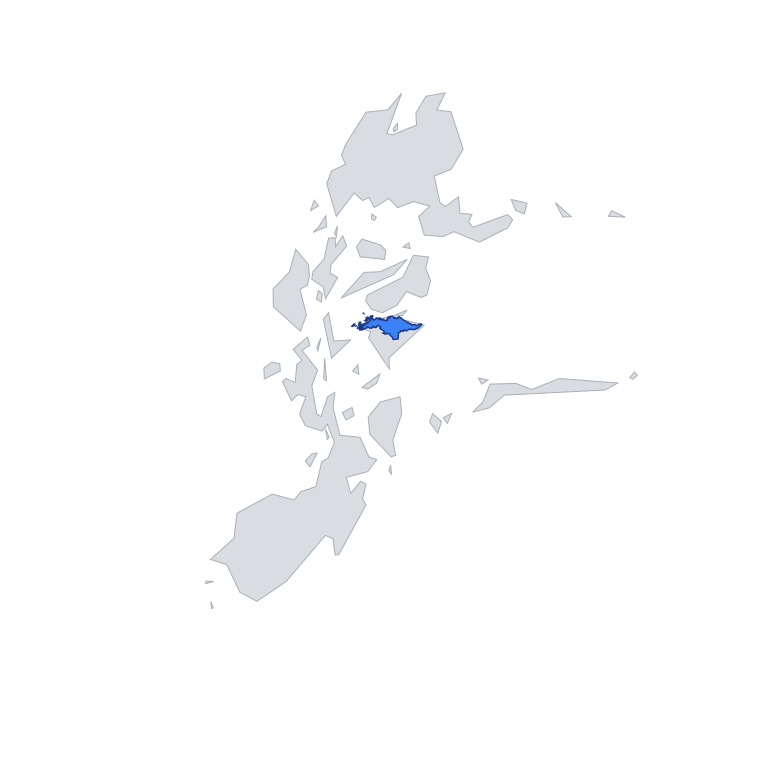 Iloilo, Iloilo, Philippines shown in context, rotated 220°
{"feature_id": "2640588B17162343229623", "entity_name": "Iloilo", "entity_type": "district", "adm_level": 2, "iso_a3": "PHL", "parent_name": "Philippines", "parent_adm1": "Iloilo", "projection": "orthographic", "projection_center": [122.982, 11.053], "detail": "fine", "context": "in_parent", "style": "filled", "palette": "blue", "viewbox_px": 768, "rotation_deg": 220, "n_neighbors": 0, "source": "geoboundaries", "source_scale": "gbopen_adm2", "svg_char_len": 9447}
<svg xmlns="http://www.w3.org/2000/svg" viewBox="0 0 768 768"><g transform="rotate(220 384 384)"><path d="M360.5,131.8L388.3,144.5L404.2,138.1L399.8,169.4L413.6,190.6L398.9,227.7L378.2,237.5L378.6,248.0L370.3,261.6L381.8,284.8L379.2,291.0L384.4,307.4L401.5,316.8L401.0,308.2L417.5,301.5L429.3,306.7L435.7,324.0L443.2,320.6L444.1,311.7L463.2,320.5L462.8,325.1L453.0,328.1L463.4,343.0L462.1,349.3L475.9,352.2L472.8,370.8L465.7,366.0L468.4,357.0L443.8,352.0L438.1,336.2L416.2,317.8L411.3,318.6L419.0,338.0L416.3,346.0L407.8,333.1L384.8,316.5L368.0,327.8L348.7,318.4L340.9,321.5L340.2,306.3L352.8,288.3L339.2,278.9L339.3,294.6L333.5,295.8L326.5,282.2L320.0,279.9L309.0,224.3L311.3,221.5L323.6,232.6L331.6,230.3L332.0,170.0L341.6,135.9L360.5,131.8ZM528.3,481.8L556.6,500.6L561.1,513.4L554.8,527.6L563.6,531.9L567.4,543.0L572.5,580.7L557.3,596.5L557.4,618.0L542.8,577.7L537.5,580.5L525.5,603.3L533.7,612.0L536.9,631.3L524.3,646.3L519.7,627.8L507.8,635.6L474.3,614.8L470.6,591.6L479.2,575.6L457.9,559.0L451.2,559.4L447.2,575.2L435.6,563.7L425.6,570.4L423.6,562.8L416.7,561.2L398.1,593.3L391.1,592.6L389.5,583.4L402.1,554.0L428.3,545.6L433.8,534.6L448.8,524.0L465.1,534.6L463.2,549.8L478.8,542.6L486.8,527.9L499.6,529.3L504.9,513.1L515.6,517.1L518.3,510.8L529.6,511.2L528.3,481.8ZM444.3,501.4L431.6,509.9L426.6,499.6L414.7,493.1L408.3,479.6L411.2,474.1L426.2,469.2L424.7,452.6L431.1,437.5L441.8,433.2L451.7,436.0L453.9,441.6L438.1,478.0L444.3,501.4ZM518.4,372.1L530.0,385.3L528.5,409.0L538.2,430.5L518.6,426.9L510.8,419.2L506.2,410.6L509.2,402.4L487.8,387.1L481.9,370.7L518.4,372.1ZM389.7,399.0L425.5,409.4L427.7,415.5L437.9,411.7L436.4,421.6L422.8,439.9L391.0,454.9L397.0,407.4L389.7,399.0ZM253.4,500.7L205.5,535.1L210.8,521.5L284.7,452.8L288.1,433.1L297.9,419.8L296.7,434.0L302.7,452.1L283.3,469.2L267.3,474.8L253.4,500.7ZM331.7,332.8L362.5,336.4L374.8,348.4L375.3,367.9L363.5,384.5L351.4,372.8L341.2,346.7L329.2,336.9L331.7,332.8ZM493.0,419.2L506.8,417.9L510.6,424.3L510.2,441.2L520.2,460.1L515.4,464.8L509.3,457.8L510.9,471.0L501.3,465.7L501.3,441.4L496.5,434.3L488.0,435.9L483.5,411.6L493.0,419.2ZM446.3,494.4L446.9,473.9L472.2,422.1L471.0,456.7L459.1,467.5L446.3,494.4ZM494.0,480.9L475.7,488.4L468.4,487.4L463.7,479.8L483.9,466.1L493.3,471.4L494.0,480.9ZM440.9,370.2L472.1,394.6L472.4,403.1L450.1,384.7L437.9,396.3L440.9,370.2ZM483.9,328.6L477.1,332.6L471.8,327.4L478.9,310.9L486.3,319.1L483.9,328.6ZM405.2,607.1L390.8,614.4L385.8,604.6L394.7,601.6L405.2,607.1ZM311.2,380.8L324.5,384.1L327.7,392.4L315.9,392.4L311.2,380.8ZM390.0,332.2L397.7,335.3L393.4,345.5L386.6,340.6L390.0,332.2ZM354.5,626.8L369.2,633.1L348.1,632.5L354.5,626.8ZM536.8,475.5L529.1,467.5L535.7,454.7L535.0,462.4L536.8,475.5ZM398.7,367.4L393.6,389.1L390.1,380.1L393.2,369.6L398.7,367.4ZM320.0,656.7L321.0,663.2L306.4,666.9L320.0,656.7ZM394.8,274.3L394.3,284.0L390.9,288.1L387.4,273.0L394.8,274.3ZM420.2,443.2L413.8,455.7L413.8,448.5L420.2,443.2ZM316.9,396.1L313.3,405.0L310.1,394.5L316.9,396.1ZM494.3,413.3L489.4,413.6L484.6,406.5L490.4,405.6L494.3,413.3ZM416.4,373.8L416.4,382.0L409.5,375.3L416.4,373.8ZM555.6,479.9L548.6,478.4L551.7,469.6L555.6,479.9ZM433.5,349.2L446.0,365.6L430.1,349.5L433.5,349.2ZM315.3,449.4L306.9,453.9L309.2,446.6L315.3,449.4ZM457.4,501.1L455.8,508.1L451.1,504.6L457.4,501.1ZM459.2,369.1L461.9,378.8L455.8,366.6L459.2,369.1ZM199.8,554.1L195.5,553.6L196.5,547.5L199.8,546.8L199.8,554.1ZM502.5,506.4L497.0,506.8L496.5,503.1L499.7,502.4L502.5,506.4ZM541.3,592.3L537.3,588.0L538.5,583.5L541.2,585.7L541.3,592.3ZM324.5,320.7L326.8,326.2L320.4,319.8L324.5,320.7ZM518.8,467.7L521.1,474.9L515.0,466.2L518.8,467.7ZM393.8,118.5L387.7,123.0L392.2,116.4L393.8,118.5ZM400.1,312.1L391.7,307.9L391.8,305.0L400.1,312.1ZM371.6,101.1L376.8,106.1L371.0,102.8L371.6,101.1Z" fill="#d9dde1" stroke="#a8b0b8" stroke-width="1"/><path d="M394.0,454.0L394.2,453.5L394.8,453.2L395.2,452.7L395.4,452.0L395.8,451.7L395.7,451.5L395.9,450.8L396.6,449.7L397.0,449.4L398.4,449.4L398.5,449.1L399.0,448.9L399.8,448.0L400.9,447.2L402.5,447.4L402.9,446.8L403.5,446.5L405.2,446.6L405.3,446.4L405.4,446.6L405.9,446.0L408.1,446.0L410.6,445.3L413.5,445.7L414.7,445.2L415.5,445.3L416.0,444.5L415.8,444.5L415.9,444.2L416.1,444.0L416.2,443.4L415.8,443.4L415.7,443.1L416.6,441.9L417.5,441.6L417.8,442.0L418.3,441.5L418.7,441.8L418.9,441.0L419.9,441.3L420.5,441.7L420.4,441.8L420.5,441.7L421.4,441.4L422.0,440.4L422.5,440.0L422.7,439.4L422.6,439.1L422.8,439.2L423.4,438.7L423.2,437.9L423.5,437.5L423.2,437.3L423.6,437.1L423.3,435.9L422.8,435.6L423.0,435.4L422.4,435.1L423.1,434.4L423.0,434.0L423.3,433.4L423.9,433.3L424.1,433.1L424.7,432.9L424.8,433.1L424.8,432.9L425.2,432.9L425.4,432.9L425.3,433.1L425.7,433.1L425.8,433.4L426.0,433.3L426.1,433.2L426.0,432.6L425.9,432.6L426.0,432.2L426.7,431.7L427.4,431.7L427.6,431.8L427.5,432.2L428.1,432.1L428.6,431.2L428.6,430.5L428.8,430.3L429.4,430.4L429.6,430.7L429.2,431.2L429.4,431.7L429.5,431.9L429.9,431.6L430.4,431.0L430.0,431.0L429.8,430.4L430.0,430.2L430.7,430.2L431.0,430.3L430.8,430.6L431.2,430.3L431.1,430.0L431.2,429.9L431.4,430.0L432.1,429.3L432.5,427.3L432.9,426.9L432.9,426.4L433.2,426.2L434.6,426.4L434.9,426.8L434.7,427.0L435.2,427.2L435.5,426.6L435.2,426.4L434.9,426.4L434.7,426.2L434.9,425.9L435.8,426.6L435.8,426.8L436.5,426.4L436.8,425.8L436.6,425.1L436.3,424.5L435.4,424.1L435.6,423.1L435.5,422.6L435.7,422.4L435.5,422.1L436.0,421.2L435.9,420.5L435.6,419.9L435.8,419.5L436.1,419.4L436.3,419.6L436.9,419.4L437.0,419.2L436.7,418.5L437.2,418.6L437.7,417.8L437.4,417.7L437.7,417.4L437.4,417.4L437.5,417.1L436.8,416.5L437.2,416.1L437.3,415.6L437.5,415.5L437.7,415.4L437.8,415.4L437.7,415.1L438.0,414.3L438.2,414.5L438.2,414.1L437.7,413.7L437.1,413.9L437.2,413.5L436.6,413.5L436.5,413.3L436.9,413.2L436.3,412.6L436.5,412.6L436.5,412.2L436.6,412.3L436.9,412.5L436.9,412.9L437.1,412.9L437.6,411.2L437.8,410.9L438.1,410.9L438.1,410.5L437.4,409.7L437.6,409.3L436.9,410.0L436.9,410.3L435.6,411.4L435.1,412.6L434.7,412.7L434.6,413.9L433.4,415.4L433.3,416.0L433.7,416.4L433.6,417.0L433.2,417.3L431.6,417.5L429.9,418.3L429.3,419.1L429.3,419.9L429.7,420.9L428.7,421.1L428.2,421.4L427.9,421.3L427.7,421.5L427.7,421.3L426.8,421.8L426.9,422.0L426.2,422.8L426.6,423.0L426.9,423.6L426.0,425.2L425.0,425.4L424.6,425.3L423.5,425.7L423.6,425.1L422.9,424.0L422.1,424.2L421.8,423.9L421.1,424.0L420.3,424.5L419.4,424.4L418.2,424.6L416.8,423.6L417.5,422.4L415.5,422.8L415.0,423.3L414.7,423.5L414.8,424.0L414.2,424.5L414.4,424.7L414.3,424.9L412.7,425.4L412.2,425.9L410.5,425.3L409.2,425.2L408.3,425.4L405.6,424.0L402.2,427.6L405.3,431.8L405.5,432.3L405.0,434.6L405.5,435.3L405.5,435.6L404.9,436.0L404.4,435.9L403.9,436.5L404.0,436.8L403.8,437.2L403.0,437.1L403.2,437.8L402.9,438.5L402.7,438.4L402.4,438.9L401.6,438.8L400.7,439.5L400.6,440.2L399.7,442.6L398.8,442.8L397.3,444.2L396.5,444.8L396.1,444.8L395.4,445.6L394.7,447.5L394.2,447.8L393.6,449.9L393.7,450.4L393.4,451.0L393.5,451.8L393.3,453.7L394.0,454.0ZM440.7,412.5L440.8,412.8L440.5,413.0L440.6,413.3L440.3,412.8L439.5,413.0L439.7,413.5L439.2,414.0L439.8,414.7L440.9,414.5L440.8,413.9L441.1,412.9L440.7,412.5ZM438.4,420.7L437.9,420.6L437.8,420.9L437.9,421.2L437.9,422.0L437.5,422.4L437.6,423.2L438.0,422.7L438.3,422.9L438.4,422.7L438.3,422.2L438.6,422.1L438.6,421.9L438.9,421.9L438.9,421.7L439.3,421.4L438.8,420.8L438.7,421.1L438.4,421.1L438.4,420.7ZM437.4,426.8L437.3,427.1L437.0,427.0L436.8,427.2L436.2,427.2L436.0,427.6L436.3,428.0L436.1,428.1L436.3,428.4L436.2,428.7L436.3,429.0L436.5,429.1L436.7,428.9L437.4,427.4L437.5,427.2L437.7,427.3L437.7,426.9L437.4,426.8ZM441.5,414.5L441.3,414.6L441.2,415.2L441.6,415.8L441.5,416.2L441.9,416.2L442.6,415.3L442.4,414.9L441.5,414.5ZM439.1,411.7L438.8,411.8L438.8,412.1L438.3,412.2L438.1,413.2L437.8,413.5L438.1,413.5L438.5,413.2L438.6,412.7L439.2,412.7L439.4,412.1L439.2,412.2L439.1,411.7ZM438.3,424.1L438.1,424.5L437.9,424.6L438.1,425.2L438.5,425.3L439.1,424.7L439.2,424.3L438.8,424.4L438.3,424.1ZM445.6,409.2L445.2,409.5L444.6,409.2L444.3,409.7L444.6,409.9L444.5,410.2L444.9,410.2L445.2,409.6L445.6,409.8L445.6,409.2ZM445.7,407.6L445.0,408.0L445.0,408.6L445.3,408.9L445.7,408.0L445.7,407.6ZM440.2,423.1L439.6,423.2L439.5,423.6L440.1,423.6L440.2,423.1ZM439.2,413.4L438.8,413.8L439.0,414.1L439.4,413.6L439.2,413.4ZM440.0,409.5L439.7,409.7L439.8,409.9L440.2,409.8L440.0,409.5ZM436.6,412.4L436.6,412.7L437.1,413.2L436.7,412.8L436.8,412.5L436.6,412.4ZM439.0,415.6L438.7,415.8L438.8,416.1L439.1,415.7L439.0,415.6ZM441.0,410.8L440.7,411.0L440.6,411.4L441.0,410.8ZM439.4,411.6L439.4,411.8L439.3,412.0L439.6,411.8L439.4,411.6ZM438.0,423.7L437.8,423.7L437.8,423.9L438.1,423.9L438.0,423.7ZM442.7,410.1L442.8,409.9L442.6,409.6L442.7,410.1ZM438.4,414.5L438.2,414.7L438.5,414.9L438.6,414.6L438.4,414.5ZM438.8,422.5L438.5,422.7L438.6,422.8L438.8,422.5ZM439.2,414.2L439.0,414.3L439.2,414.2ZM438.8,420.3L438.6,420.3L438.5,420.5L438.8,420.3ZM432.3,429.9L432.2,430.0L432.3,430.2L432.3,429.9ZM432.7,429.8L432.7,430.1L432.7,429.8ZM437.9,425.9L438.0,425.5L437.9,425.7L437.9,425.9ZM441.8,413.6L441.5,413.7L441.8,413.8L441.8,413.6ZM438.8,413.3L438.5,413.4L438.5,413.5L438.8,413.3ZM442.8,414.9L442.7,414.8L442.8,414.9ZM445.1,425.0L444.9,425.0L445.0,425.1L445.1,425.0ZM438.1,417.7L437.9,417.6L438.1,417.7ZM445.4,410.5L445.3,410.4L445.3,410.6L445.4,410.5ZM437.7,420.7L437.6,420.8L437.7,420.7ZM439.4,424.1L439.4,423.9L439.3,424.0L439.4,424.1ZM438.9,413.5L438.9,413.4L438.9,413.5ZM445.2,410.9L445.3,410.9L445.3,410.7L445.2,410.9Z" fill="#3b82f6" stroke="#1e3a8a" stroke-width="1.5"/></g></svg>